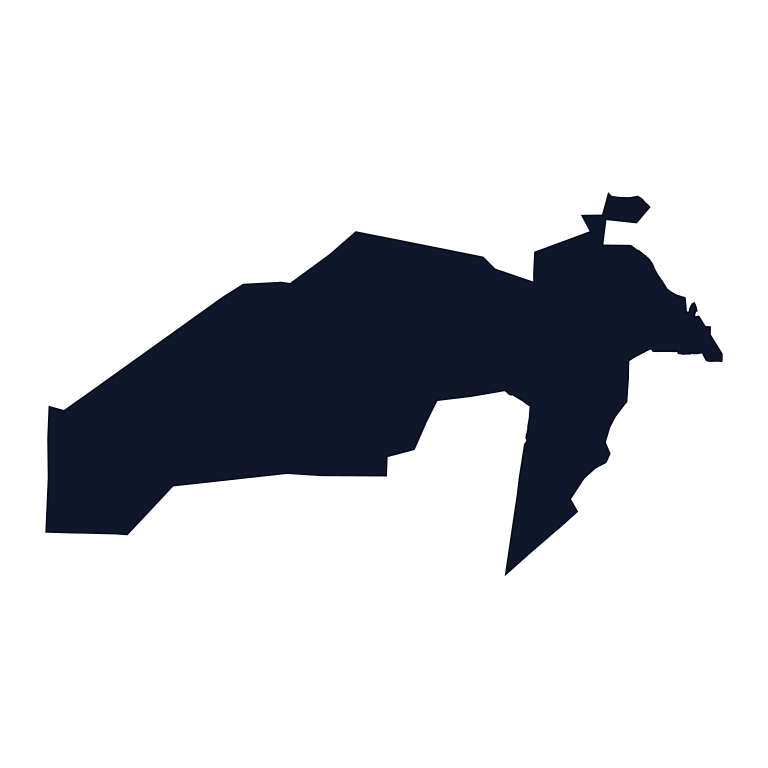 San Andrés Zautla, Oaxaca, Mexico (Natural Earth projection)
{"feature_id": "50627088B86831470894545", "entity_name": "San Andrés Zautla", "entity_type": "district", "adm_level": 2, "iso_a3": "MEX", "parent_name": "Mexico", "parent_adm1": "Oaxaca", "projection": "natural_earth1", "projection_center": [-96.857, 17.182], "detail": "fine", "context": "isolated", "style": "filled", "palette": "ink", "viewbox_px": 768, "rotation_deg": 0, "n_neighbors": 0, "source": "geoboundaries", "source_scale": "gbopen_adm2", "svg_char_len": 2535}
<svg xmlns="http://www.w3.org/2000/svg" viewBox="0 0 768 768"><path d="M577.2,511.5L570.3,499.5L570.1,499.1L584.0,477.9L595.7,467.6L605.9,462.3L609.8,453.6L605.0,442.4L609.6,427.1L615.2,416.4L617.0,414.0L624.1,404.7L626.6,401.7L628.2,378.1L628.5,360.9L633.9,357.2L641.4,353.3L649.5,349.1L651.7,348.9L653.0,351.2L657.2,351.3L663.8,351.2L673.5,351.3L678.1,351.3L678.1,352.3L678.2,352.8L678.2,353.0L678.3,353.2L678.5,353.3L682.1,353.8L683.0,354.0L683.8,354.1L684.1,353.9L685.0,353.9L689.3,353.8L690.3,353.8L690.0,352.6L690.9,352.8L692.6,353.3L693.5,353.5L697.6,353.4L702.6,352.6L703.1,353.8L704.1,356.1L706.0,359.7L706.3,360.1L706.8,360.4L707.8,360.9L708.9,361.0L711.1,361.2L712.9,361.1L716.0,361.0L718.0,361.0L721.1,361.2L721.9,361.0L721.9,353.9L710.0,334.7L710.2,327.0L705.1,326.7L698.7,316.3L697.4,316.7L695.9,317.0L694.9,317.1L694.4,315.0L694.8,313.5L695.7,311.2L696.8,310.9L696.2,307.8L695.1,304.8L694.1,302.9L692.4,303.9L691.7,304.9L690.7,306.8L689.6,309.6L689.8,311.9L686.3,312.6L686.1,310.2L685.0,297.9L684.3,297.7L683.6,297.4L681.6,297.0L679.3,296.1L676.7,295.3L674.6,294.3L671.2,292.3L666.9,289.1L662.4,281.9L660.6,279.3L657.6,275.1L654.2,268.8L652.4,264.2L649.9,260.5L647.7,258.1L644.9,255.6L641.7,253.2L639.5,251.3L638.1,250.6L637.1,250.4L630.8,245.6L602.5,245.3L605.4,222.2L605.8,219.3L606.9,219.4L636.5,222.6L649.6,207.1L646.4,203.8L645.8,203.8L642.8,200.0L640.8,198.3L637.8,196.5L634.5,197.0L630.4,197.9L620.9,197.8L615.4,197.2L611.1,196.4L608.5,193.6L606.0,203.0L602.6,215.3L582.1,215.6L590.7,231.7L583.3,234.4L572.9,238.3L541.4,249.9L534.9,252.3L533.9,273.9L534.0,282.6L514.3,275.9L495.0,269.3L482.9,257.3L446.0,249.9L409.4,242.6L355.9,232.0L329.9,254.7L290.2,283.8L280.4,282.4L278.3,282.7L243.4,284.5L223.3,297.1L100.2,385.2L97.6,387.1L64.0,410.9L49.3,406.7L48.0,438.4L48.5,478.0L46.1,532.0L51.3,532.1L72.0,532.7L83.6,532.9L116.0,533.7L127.2,534.5L172.9,485.7L286.8,473.2L321.6,475.4L386.2,475.7L386.9,456.5L400.6,452.9L414.0,449.3L415.2,446.7L426.2,421.7L436.9,400.3L470.7,396.2L482.8,394.2L504.7,390.4L506.7,391.6L508.3,393.4L508.5,393.6L510.5,394.8L511.6,394.8L512.2,394.4L523.3,401.0L524.6,402.0L525.3,402.8L529.3,405.3L530.4,406.0L530.4,406.3L530.5,406.5L530.4,406.7L529.7,414.1L529.6,416.4L529.6,417.3L527.9,427.3L528.2,428.2L527.5,430.7L527.5,432.6L527.0,433.6L526.4,435.1L526.4,436.6L526.0,437.7L526.8,439.4L527.1,440.9L526.8,441.4L526.6,442.0L525.2,443.7L524.8,444.1L519.4,478.4L517.7,493.3L505.7,574.4L528.9,553.7L553.5,532.4L559.3,527.6L577.2,511.5Z" fill="#0f172a" stroke="#020617" stroke-width="1.5"/></svg>